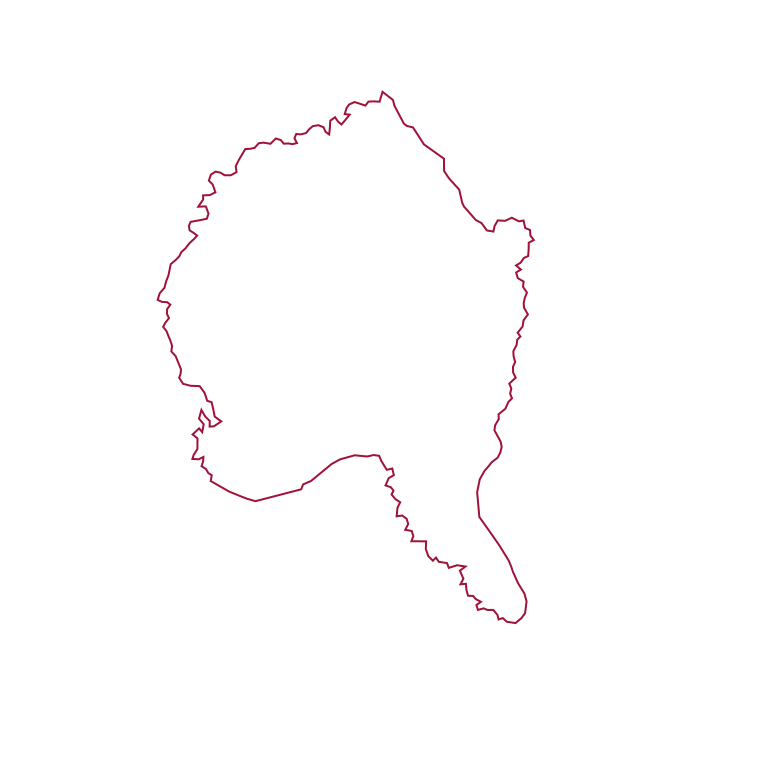 the district of Ibirubá, Rio Grande do Sul, Brazil, rotated 240°
{"feature_id": "56859067B54676544354461", "entity_name": "Ibirubá", "entity_type": "district", "adm_level": 2, "iso_a3": "BRA", "parent_name": "Brazil", "parent_adm1": "Rio Grande do Sul", "projection": "mercator", "projection_center": [-53.183, -28.593], "detail": "fine", "context": "isolated", "style": "outline", "palette": "rose", "viewbox_px": 768, "rotation_deg": 240, "n_neighbors": 0, "source": "geoboundaries", "source_scale": "gbopen_adm2", "svg_char_len": 3454}
<svg xmlns="http://www.w3.org/2000/svg" viewBox="0 0 768 768"><g transform="rotate(240 384 384)"><path d="M570.0,230.0L566.1,232.8L563.2,237.2L559.5,238.6L557.3,233.6L553.1,231.1L548.5,230.7L546.4,225.2L543.9,221.3L538.4,222.1L532.2,221.1L528.3,220.7L522.9,219.5L518.5,216.1L512.3,217.5L502.2,216.1L498.1,215.5L494.5,212.9L491.8,209.7L484.6,210.1L479.2,215.6L474.3,223.3L466.0,224.2L457.9,222.5L454.4,225.6L446.9,223.3L440.4,221.1L433.0,224.4L432.4,215.5L434.3,211.7L439.1,214.6L445.2,212.9L452.8,212.9L446.5,206.5L439.3,207.7L433.2,202.5L438.0,201.7L436.0,193.0L430.2,195.3L421.0,189.9L417.7,183.7L414.9,180.6L411.5,185.8L411.1,191.1L407.5,188.7L404.0,184.9L399.5,187.3L394.7,187.3L391.1,189.2L386.6,185.4L374.8,192.3L368.1,196.2L363.0,200.2L358.6,203.6L352.7,208.4L346.8,214.1L334.2,259.6L337.5,263.8L336.5,272.3L340.9,298.6L340.7,308.4L336.9,323.0L329.7,333.1L327.6,339.6L324.2,343.9L318.4,343.2L308.3,343.5L306.7,348.9L300.2,347.0L300.1,341.0L295.4,334.6L291.2,338.3L286.9,338.9L284.5,335.3L278.6,336.3L273.5,338.9L270.1,333.8L263.1,328.8L261.0,334.0L256.0,336.2L250.7,335.0L247.1,329.5L242.9,334.5L237.6,333.4L234.1,329.1L226.7,341.8L220.2,337.7L212.8,336.3L206.5,338.0L207.7,342.2L202.6,342.6L197.4,349.0L192.4,348.2L190.5,356.7L185.2,363.3L184.4,356.4L175.7,355.4L172.3,350.1L170.0,355.0L164.3,352.4L158.6,350.9L155.9,355.2L151.9,355.9L146.9,359.0L146.4,353.5L141.4,352.4L139.9,358.1L136.5,360.7L133.7,365.7L127.2,366.8L122.8,365.5L121.9,369.8L116.7,371.5L111.2,378.3L112.5,385.9L115.0,391.6L124.5,398.8L132.3,400.8L144.5,400.5L156.6,401.7L162.4,402.9L168.8,403.7L186.4,403.2L198.4,402.2L221.2,400.1L243.8,410.6L253.6,419.3L258.5,427.6L260.4,433.2L262.3,437.9L263.4,445.6L266.5,450.5L270.7,454.5L276.0,456.2L288.7,456.5L292.6,459.5L296.2,465.8L300.5,468.1L301.9,476.7L306.2,482.7L307.6,487.7L312.6,488.4L316.4,492.0L321.7,492.7L323.6,501.2L329.5,501.6L334.4,504.3L337.5,508.6L343.2,510.1L347.7,512.4L351.6,518.4L355.8,521.6L356.9,525.9L361.6,525.4L364.5,532.8L369.4,536.7L372.3,543.4L380.1,543.4L384.2,545.4L388.1,548.9L391.7,553.5L398.7,553.0L402.9,556.1L408.8,552.8L414.5,554.2L414.7,559.8L420.6,557.6L420.8,563.1L423.2,568.2L422.7,572.8L428.6,576.8L434.0,580.0L433.8,585.7L439.3,585.0L444.4,587.4L448.5,584.3L455.8,586.6L457.4,582.2L464.1,577.8L464.8,570.4L468.8,564.3L465.5,558.7L461.3,555.0L465.5,549.9L474.6,548.9L480.1,545.5L497.7,542.0L501.7,542.3L514.7,546.3L529.7,543.1L538.4,542.5L549.1,548.6L571.5,538.4L591.7,537.4L596.1,532.8L599.7,531.4L620.1,532.2L625.4,533.8L637.8,528.8L630.7,521.3L634.4,515.6L636.3,511.7L634.4,507.1L638.5,503.5L642.9,499.5L643.5,493.5L641.6,489.4L637.4,485.0L634.4,488.9L632.0,482.5L630.0,476.9L634.2,475.4L639.5,475.0L638.9,469.2L632.8,465.1L627.5,461.3L631.5,459.5L636.6,460.0L641.0,456.5L642.9,451.1L642.0,446.4L640.3,442.0L641.8,436.7L644.4,433.0L641.6,429.3L636.2,429.1L637.4,424.8L640.1,421.5L642.2,417.4L646.9,416.6L650.7,413.0L648.8,405.8L653.4,400.1L655.1,395.9L653.2,390.0L654.7,385.5L656.8,381.3L653.9,376.1L650.7,370.5L646.8,364.5L641.2,362.2L641.4,355.6L644.4,350.4L648.8,348.0L652.2,344.3L651.9,338.8L647.7,334.0L642.5,335.4L634.3,333.8L634.7,327.6L637.8,321.6L634.2,319.6L630.4,311.8L626.9,318.5L619.3,317.2L615.7,313.2L617.8,306.9L621.1,297.6L618.4,294.0L614.2,292.5L610.4,294.5L606.0,296.4L604.5,291.8L603.2,285.8L600.8,280.1L599.5,274.3L596.9,270.5L595.5,265.4L594.4,259.2L585.8,251.6L581.7,246.5L577.1,242.0L574.7,235.1L570.0,230.0Z" fill="none" stroke="#9f1239" stroke-width="2"/></g></svg>